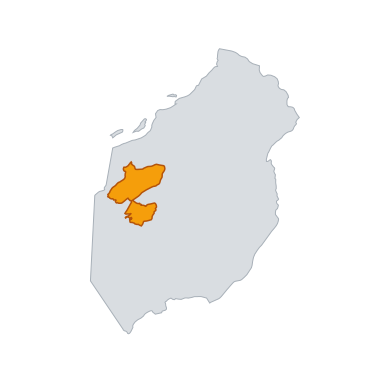 location of Manyara within United Republic of Tanzania, rotated 236°
{"feature_id": "TZA-3392", "entity_name": "Manyara", "entity_type": "Region", "adm_level": 1, "iso_a3": "TZA", "parent_name": "United Republic of Tanzania", "parent_adm1": "", "projection": "equal_earth", "projection_center": [36.5, -4.726], "detail": "fine", "context": "in_parent", "style": "filled", "palette": "amber", "viewbox_px": 384, "rotation_deg": 236, "n_neighbors": 0, "source": "natural_earth", "source_scale": "10m", "svg_char_len": 6442}
<svg xmlns="http://www.w3.org/2000/svg" viewBox="0 0 384 384"><g transform="rotate(236 192 192)"><path d="M155.8,268.6L152.8,266.5L150.0,265.2L147.8,263.8L146.8,262.3L144.7,261.8L142.9,261.6L141.2,260.3L137.7,259.8L137.3,258.9L137.2,257.0L136.6,256.5L135.4,256.0L134.0,256.0L133.2,256.3L132.7,256.2L131.6,255.0L130.5,253.6L130.1,251.3L128.5,249.8L126.7,248.6L121.6,248.8L120.8,248.4L119.6,247.2L118.1,245.3L117.0,243.1L116.0,240.1L114.9,236.1L109.0,220.0L108.4,217.0L107.2,213.6L105.4,209.4L103.4,206.4L100.7,203.6L97.6,200.8L96.0,198.9L92.8,191.3L92.1,187.8L91.6,184.1L91.8,182.6L93.8,177.9L94.0,176.5L93.7,174.7L92.7,170.9L91.5,166.4L89.0,158.0L88.6,155.9L88.6,154.3L90.1,145.8L90.0,144.6L95.9,144.8L100.2,141.1L103.9,135.5L104.6,133.2L106.1,129.6L107.6,127.8L108.2,126.6L109.0,123.0L111.0,120.6L112.8,118.8L112.5,117.5L112.7,117.0L113.8,116.0L115.8,115.2L116.2,113.3L116.2,111.2L115.8,110.0L115.9,108.6L115.6,107.9L114.3,107.7L112.3,106.6L110.6,106.2L109.5,105.6L109.1,105.1L108.9,103.9L109.9,100.6L108.9,99.3L111.0,93.9L111.3,93.2L112.1,93.1L113.3,92.6L114.3,92.3L115.2,92.5L115.9,92.3L116.5,91.7L117.0,89.8L117.3,86.8L117.1,84.3L116.3,82.4L116.0,79.4L116.4,75.5L116.1,72.2L115.2,69.6L114.2,68.0L112.8,67.3L110.5,63.3L109.8,61.4L109.9,60.2L110.7,59.6L112.1,59.8L113.5,59.4L114.8,58.3L116.1,57.9L116.7,58.1L175.1,58.1L243.4,109.4L243.7,110.0L244.2,114.4L244.1,115.9L243.1,118.5L242.8,119.8L242.8,120.7L243.0,121.1L243.9,121.2L244.7,121.8L244.9,122.3L245.5,124.2L246.3,125.2L272.2,150.3L272.8,150.7L272.4,152.8L270.9,157.9L270.8,160.1L270.3,162.6L269.7,164.2L268.2,171.4L266.9,174.1L265.2,180.4L265.0,185.2L265.9,188.6L266.2,191.8L268.2,194.9L269.8,196.0L270.9,197.4L272.8,200.6L273.9,203.9L277.3,205.5L278.7,209.1L278.2,211.6L276.6,213.7L275.1,217.0L273.9,221.4L273.8,228.2L274.6,227.2L276.5,228.8L276.7,233.8L274.8,239.6L274.2,242.3L274.1,244.6L275.4,251.5L277.5,255.0L277.3,256.1L276.8,257.0L280.3,263.2L280.0,268.7L281.3,272.9L281.9,276.5L282.7,279.3L282.9,281.2L281.8,283.4L284.3,283.9L285.9,285.7L286.6,287.3L288.4,287.3L289.4,288.4L290.8,289.4L294.0,292.2L294.9,293.6L295.4,294.9L286.6,303.8L283.4,306.1L281.1,307.1L278.7,307.7L276.4,309.1L274.2,311.3L271.4,312.4L268.1,312.4L264.5,314.0L258.9,318.5L255.6,316.0L253.1,315.2L250.1,315.3L248.3,315.6L247.7,316.1L247.1,317.7L246.7,320.2L244.7,322.7L241.3,325.0L238.2,325.9L235.4,325.3L233.4,324.3L232.4,323.0L231.0,322.4L229.0,322.5L227.1,323.4L225.3,325.3L222.5,326.1L218.5,325.8L216.4,324.9L216.1,323.4L214.4,321.6L211.3,319.6L208.9,319.5L207.4,321.5L206.1,322.7L204.9,323.2L203.7,323.3L202.2,322.8L197.8,322.5L193.7,322.6L193.3,319.8L192.4,318.0L191.7,317.0L190.2,316.8L189.8,316.0L189.4,314.2L188.7,312.7L187.7,311.4L187.2,310.3L187.0,309.2L187.1,308.0L188.0,305.1L188.2,303.1L188.1,301.1L187.7,298.9L186.7,296.4L186.8,295.7L186.5,294.0L186.4,292.8L186.6,291.3L186.4,289.4L185.6,285.2L185.6,284.1L184.7,282.1L181.9,277.3L181.8,276.7L177.5,271.9L175.7,270.8L175.1,271.7L174.9,272.5L175.1,274.1L175.0,274.9L174.8,275.2L173.8,275.2L173.1,275.0L171.5,273.7L170.2,273.4L167.1,273.6L166.0,273.9L165.1,273.6L163.4,271.4L161.5,270.9L159.7,270.8L156.8,268.3L155.8,268.6ZM277.8,187.8L279.2,193.2L279.0,194.2L278.0,194.8L277.5,194.8L276.9,194.0L276.4,192.2L275.7,192.6L274.4,190.5L273.1,190.3L272.0,187.8L272.4,185.5L272.2,181.7L273.6,179.8L274.3,176.5L275.2,178.7L275.4,182.2L276.6,186.4L277.8,187.8ZM284.7,156.1L284.8,157.3L284.5,158.5L284.6,162.3L284.5,164.8L283.4,168.3L282.5,169.5L281.8,169.2L281.1,168.6L280.6,167.7L281.7,161.3L281.2,156.6L283.2,157.0L284.7,156.1ZM281.7,232.9L280.7,233.2L280.3,232.9L279.7,231.9L280.8,231.0L281.8,229.3L284.2,226.7L285.3,224.7L285.2,226.7L283.8,231.0L282.6,231.3L281.7,232.9Z" fill="#d9dde1" stroke="#a8b0b8" stroke-width="1"/><path d="M232.5,180.2L229.8,183.1L228.8,183.5L227.5,183.0L226.3,182.4L225.4,181.3L224.7,179.9L224.2,178.4L223.4,177.2L222.2,176.4L221.1,175.5L220.4,174.3L219.9,173.1L219.0,171.9L218.1,170.9L217.4,169.9L217.1,168.7L217.4,167.3L217.2,165.8L217.6,164.4L218.2,163.2L218.6,161.4L219.3,155.4L219.5,150.3L219.4,149.5L219.0,148.2L218.7,146.8L218.5,145.4L218.4,138.0L213.7,139.8L213.2,140.3L212.7,140.7L212.5,140.9L211.9,142.2L211.0,142.1L210.6,142.6L210.1,142.9L209.8,142.6L209.5,142.4L209.2,142.7L209.0,143.2L208.2,144.2L206.7,145.5L206.3,145.3L206.1,145.5L206.0,145.9L206.1,146.3L206.2,146.7L206.5,147.6L206.3,148.6L205.4,150.6L204.1,154.1L203.7,154.9L202.7,155.2L201.0,155.0L200.8,154.8L200.6,154.8L199.4,154.2L198.7,152.4L197.6,152.2L196.9,151.5L196.9,150.4L196.7,149.4L195.5,148.6L194.8,146.6L193.9,145.2L192.6,144.2L191.8,142.9L192.5,140.4L193.4,138.0L194.5,136.0L194.5,135.3L192.9,133.0L192.2,131.1L192.8,130.6L193.5,130.2L194.2,129.8L195.3,129.3L195.5,128.9L195.6,128.6L195.8,128.3L197.5,126.8L198.1,126.8L198.6,126.6L199.3,126.0L200.0,125.6L201.3,123.9L202.0,123.9L202.8,124.4L203.5,124.6L204.1,125.0L203.6,125.7L203.3,126.5L203.8,127.3L204.7,127.5L205.0,126.8L204.9,125.9L207.1,125.1L207.5,124.2L207.6,122.4L208.1,122.5L208.3,123.7L207.8,125.5L207.7,127.3L208.1,129.1L208.5,128.9L208.6,128.2L209.1,127.3L209.7,126.5L210.6,124.9L211.7,124.4L212.3,125.6L213.2,127.9L217.4,136.1L218.3,136.6L219.2,136.4L219.4,135.9L220.2,135.7L221.1,135.6L221.6,135.4L222.1,135.4L222.4,135.6L222.7,135.4L222.7,134.0L222.3,130.8L222.1,127.9L222.4,126.9L223.6,125.0L223.9,124.8L224.2,124.7L224.6,124.2L225.0,124.1L225.1,123.6L225.1,123.4L225.3,123.2L226.6,123.1L227.0,123.2L227.3,123.5L227.7,124.4L228.2,124.2L228.7,123.4L229.2,122.6L230.6,122.6L231.0,122.1L231.3,121.4L231.9,120.9L232.6,120.6L233.0,120.4L233.5,120.4L234.0,120.4L234.5,119.8L234.9,119.6L235.3,119.6L235.5,120.0L235.7,120.4L236.2,120.6L236.8,120.7L237.1,121.0L237.0,121.5L237.6,123.3L238.6,124.8L239.2,126.3L239.8,127.6L240.1,128.8L240.1,131.5L240.2,132.8L240.5,133.3L240.9,135.2L241.0,135.9L241.0,136.6L240.7,137.5L240.7,138.3L240.7,139.1L240.6,141.0L240.7,143.0L241.3,144.4L242.2,145.4L242.7,145.5L244.3,146.7L245.6,148.1L246.0,148.3L246.5,148.2L247.1,147.6L247.6,147.5L248.7,147.6L248.9,147.7L249.1,147.9L249.5,148.0L250.1,148.6L250.6,149.4L249.7,150.7L249.5,152.3L249.5,153.5L249.8,154.6L250.1,155.3L250.2,156.1L250.5,156.8L250.8,157.4L250.9,158.4L250.0,158.3L249.5,158.0L249.0,157.5L248.7,157.5L247.4,157.9L246.5,158.3L245.4,158.6L244.3,158.3L243.4,157.9L242.4,157.9L241.4,159.1L238.7,163.6L238.5,164.2L238.7,164.8L238.6,165.5L238.2,167.9L237.8,169.6L236.1,172.6L235.7,173.9L235.3,176.8L234.8,178.1L232.5,180.2Z" fill="#f59e0b" stroke="#b45309" stroke-width="1.5"/></g></svg>